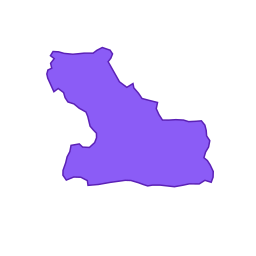 outline of Holambra, São Paulo, Brazil, rotated 108°
{"feature_id": "56859067B86866322913045", "entity_name": "Holambra", "entity_type": "district", "adm_level": 2, "iso_a3": "BRA", "parent_name": "Brazil", "parent_adm1": "São Paulo", "projection": "robinson", "projection_center": [-47.067, -22.63], "detail": "fine", "context": "isolated", "style": "filled", "palette": "violet", "viewbox_px": 256, "rotation_deg": 108, "n_neighbors": 0, "source": "geoboundaries", "source_scale": "gbopen_adm2", "svg_char_len": 1242}
<svg xmlns="http://www.w3.org/2000/svg" viewBox="0 0 256 256"><g transform="rotate(108 128 128)"><path d="M84.2,137.0L89.7,141.7L86.7,150.4L71.1,167.4L66.9,165.9L62.3,165.6L59.5,169.1L59.4,177.3L63.7,181.6L67.6,184.3L70.3,192.7L72.9,198.6L74.9,203.3L76.8,211.9L77.0,217.5L78.4,222.9L83.2,224.1L84.8,219.6L90.4,221.6L94.7,219.0L97.6,222.1L101.7,221.9L105.3,219.8L116.4,209.7L112.0,206.6L114.2,200.2L118.6,197.2L121.8,193.2L121.8,186.8L124.3,180.5L125.8,172.9L129.5,169.8L138.0,164.6L140.5,160.5L142.7,156.4L147.0,154.9L152.2,155.2L158.4,158.7L160.2,165.3L158.2,169.4L162.1,176.8L168.4,176.0L174.3,177.0L180.3,176.5L188.4,176.7L193.0,175.3L196.6,170.6L191.4,164.5L189.4,157.7L190.6,150.4L194.9,148.3L190.9,138.8L185.1,127.9L181.0,119.4L178.6,114.5L177.0,109.0L176.8,101.1L177.0,96.1L177.0,91.4L174.7,87.0L172.4,79.9L170.9,72.6L169.5,65.7L165.6,58.4L162.1,52.3L159.2,43.0L154.0,38.7L153.9,32.1L148.5,31.9L143.0,33.5L137.8,38.4L134.5,42.4L132.8,46.6L126.9,46.8L121.2,45.5L114.8,46.3L111.2,50.8L106.1,52.9L101.5,55.8L98.5,60.4L100.7,65.7L103.2,72.3L103.3,77.7L105.3,85.1L107.9,91.7L109.8,97.7L105.6,102.8L100.9,107.1L94.6,107.8L95.2,116.5L95.6,123.8L91.7,128.8L88.0,134.9L84.2,137.0Z" fill="#8b5cf6" stroke="#5b21b6" stroke-width="1.5"/></g></svg>